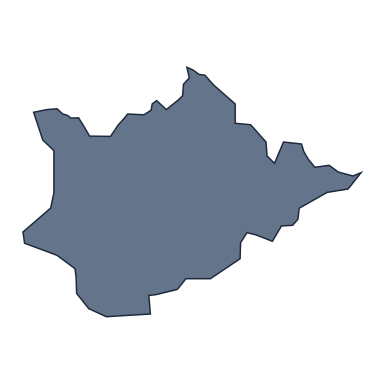 Tiranë, Tiranë, Albania
{"feature_id": "67620474B90997304428465", "entity_name": "Tiranë", "entity_type": "district", "adm_level": 2, "iso_a3": "ALB", "parent_name": "Albania", "parent_adm1": "Tiranë", "projection": "natural_earth1", "projection_center": [19.888, 41.311], "detail": "fine", "context": "isolated", "style": "filled", "palette": "slate", "viewbox_px": 384, "rotation_deg": 0, "n_neighbors": 0, "source": "geoboundaries", "source_scale": "gbopen_adm2", "svg_char_len": 1032}
<svg xmlns="http://www.w3.org/2000/svg" viewBox="0 0 384 384"><path d="M186.9,67.3L189.3,77.9L183.5,84.2L182.6,95.7L178.5,99.8L166.3,109.6L156.7,100.6L152.2,103.9L151.1,110.2L143.9,114.8L127.6,114.0L124.4,118.1L118.5,124.6L110.5,136.4L89.6,136.1L83.3,125.4L78.6,117.8L71.0,118.1L67.3,115.3L62.7,114.0L57.1,108.8L46.7,109.6L33.6,112.3L42.8,140.0L53.9,150.7L53.9,192.7L50.7,208.0L23.0,232.0L24.6,243.3L57.0,255.3L75.0,268.7L76.1,277.3L76.6,293.4L88.8,308.7L106.3,316.7L150.4,314.0L148.8,295.4L155.7,294.7L177.4,289.4L185.9,278.7L210.4,278.7L240.1,258.7L240.6,242.7L247.0,232.7L255.4,234.7L272.4,241.3L281.4,226.0L292.6,225.3L297.9,219.3L299.2,208.2L327.1,192.4L348.1,189.0L361.0,172.7L353.0,176.0L338.2,172.0L329.1,165.3L314.8,167.3L307.9,158.7L303.7,151.3L301.5,144.0L283.5,142.0L274.5,163.3L267.1,156.0L266.0,142.0L250.6,124.7L235.2,123.3L235.2,104.0L213.4,84.8L208.0,78.7L206.1,76.5L204.9,75.2L202.7,74.9L198.9,74.4L194.4,71.0L193.4,70.3L192.4,69.8L190.9,69.1L186.9,67.3Z" fill="#64748b" stroke="#1e293b" stroke-width="1.5"/></svg>